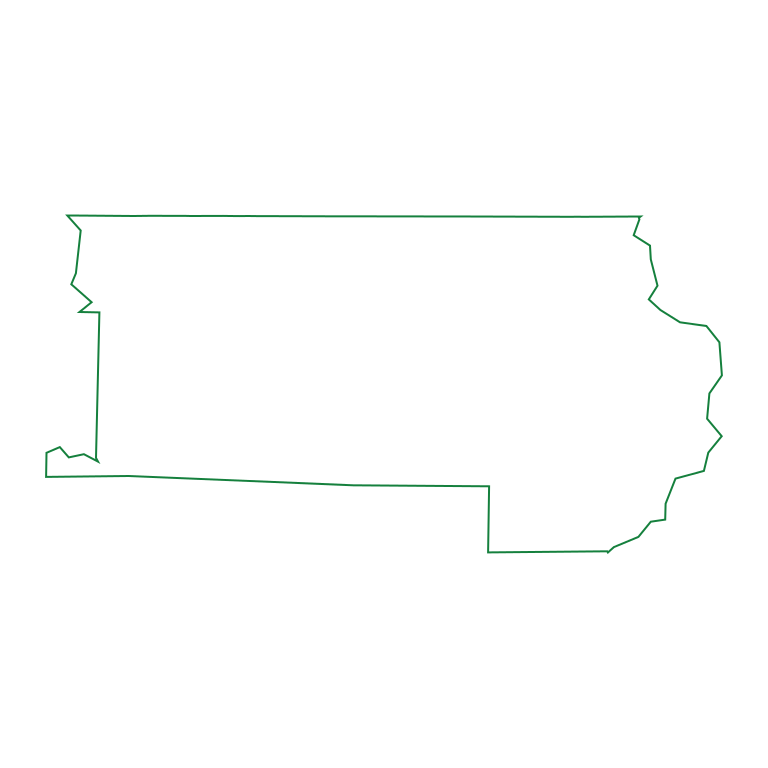 Clay, Arkansas, United States of America
{"feature_id": "52423323B51482059036815", "entity_name": "Clay", "entity_type": "district", "adm_level": 2, "iso_a3": "USA", "parent_name": "United States of America", "parent_adm1": "Arkansas", "projection": "orthographic", "projection_center": [-90.411, 36.349], "detail": "fine", "context": "isolated", "style": "outline", "palette": "green", "viewbox_px": 768, "rotation_deg": 0, "n_neighbors": 0, "source": "geoboundaries", "source_scale": "gbopen_adm2", "svg_char_len": 902}
<svg xmlns="http://www.w3.org/2000/svg" viewBox="0 0 768 768"><path d="M67.3,215.5L80.7,230.5L75.9,273.3L71.3,284.3L91.6,302.2L79.5,312.0L99.4,312.4L96.0,457.9L98.0,461.6L83.9,454.2L68.8,457.4L59.8,447.1L46.5,452.8L46.1,476.9L128.7,476.0L353.1,485.3L489.1,486.3L488.1,552.4L607.2,551.3L607.9,552.5L613.9,547.1L638.4,536.9L650.8,521.7L665.2,519.6L665.6,503.7L675.5,478.6L703.9,470.9L708.3,452.6L721.7,436.2L707.1,418.7L709.4,393.4L721.9,375.4L719.4,342.3L706.4,326.0L680.0,322.3L660.4,310.0L648.8,299.4L657.5,285.7L650.8,259.4L650.0,245.6L634.4,235.7L633.7,235.2L639.4,219.4L638.9,217.8L640.6,216.5L603.0,216.7L581.8,216.8L578.7,216.7L571.3,216.8L470.6,216.5L330.3,216.3L329.8,216.3L325.2,216.3L256.3,216.1L256.2,216.1L247.9,216.0L239.8,216.1L229.7,216.0L223.2,215.9L190.6,216.0L186.3,215.9L150.2,215.8L133.7,216.0L84.3,215.6L69.1,215.5L67.3,215.5Z" fill="none" stroke="#15803d" stroke-width="2"/></svg>